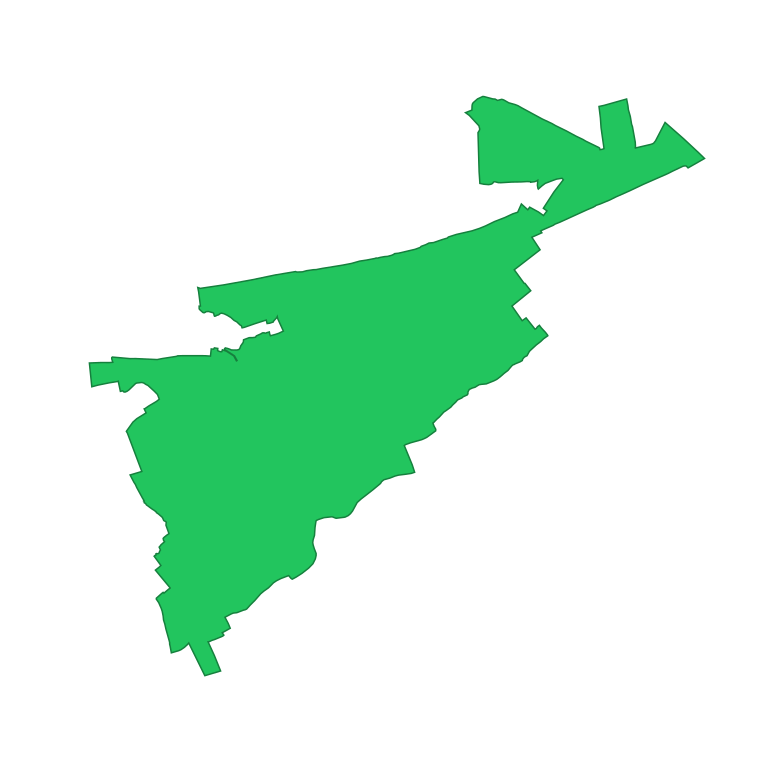 outline of Stefan Cel Mare, Vaslui, Romania, rotated 276°
{"feature_id": "2599482B71455353964024", "entity_name": "Stefan Cel Mare", "entity_type": "district", "adm_level": 2, "iso_a3": "ROU", "parent_name": "Romania", "parent_adm1": "Vaslui", "projection": "orthographic", "projection_center": [27.601, 46.727], "detail": "fine", "context": "isolated", "style": "filled", "palette": "green", "viewbox_px": 768, "rotation_deg": 276, "n_neighbors": 0, "source": "geoboundaries", "source_scale": "gbopen_adm2", "svg_char_len": 6162}
<svg xmlns="http://www.w3.org/2000/svg" viewBox="0 0 768 768"><g transform="rotate(276 384 384)"><path d="M682.5,568.8L671.2,571.4L661.5,573.1L641.1,578.2L640.3,576.7L639.6,574.3L641.1,573.8L641.7,572.8L646.6,559.3L648.0,556.3L650.6,549.0L654.8,538.8L658.9,527.6L660.6,523.8L664.1,513.7L673.0,492.2L674.8,488.1L675.6,485.2L676.7,478.7L678.9,473.7L679.3,472.3L679.4,471.2L677.9,467.3L679.0,464.7L678.9,462.5L680.3,453.5L680.3,452.2L677.3,447.2L673.1,443.3L671.6,442.6L669.7,442.5L665.6,442.8L662.4,436.7L660.0,440.8L650.7,451.4L647.5,452.6L646.1,452.3L643.8,451.2L605.0,456.4L593.5,458.4L593.1,462.5L593.2,467.2L593.8,469.4L594.8,471.0L596.1,471.7L596.6,472.3L596.7,473.6L596.2,476.6L596.4,479.2L598.2,490.0L599.3,499.1L600.3,505.2L600.5,508.5L600.0,508.7L600.9,512.5L601.5,513.9L602.7,515.6L597.6,515.8L594.5,516.7L594.0,517.1L597.5,520.3L600.4,523.4L604.2,530.9L605.8,534.2L607.2,539.5L605.9,541.0L592.7,532.9L575.4,524.1L573.2,528.0L568.2,525.0L571.2,519.7L575.1,510.4L572.3,508.8L577.4,501.8L568.8,499.0L566.7,494.3L562.2,486.8L557.1,476.9L551.8,468.4L548.8,462.8L545.5,455.5L540.3,440.3L536.9,432.6L535.8,431.8L533.8,427.0L529.8,418.4L528.9,414.0L526.9,410.9L524.8,406.6L523.6,405.7L521.2,400.8L515.6,384.7L514.8,381.0L513.7,379.7L512.8,378.1L511.3,374.2L510.8,371.4L509.5,366.9L508.5,364.4L508.5,363.0L507.9,361.8L505.4,353.6L503.7,347.0L500.5,339.0L497.8,330.1L492.5,310.5L490.7,304.6L490.3,301.9L488.6,295.2L487.0,291.1L486.2,285.4L486.6,284.4L481.1,264.5L473.7,241.4L465.8,214.2L459.8,190.9L460.1,190.6L460.5,188.7L456.3,190.0L442.3,193.3L442.1,192.0L439.6,192.3L439.0,192.6L438.2,193.6L436.2,196.4L436.0,197.6L436.6,198.7L437.3,199.4L437.8,201.9L436.9,206.8L436.5,207.2L434.0,208.1L433.7,208.4L434.0,209.5L434.8,210.5L435.5,212.3L436.8,213.5L437.5,215.0L437.1,217.7L435.9,221.0L434.1,224.8L431.6,228.2L430.4,231.1L427.7,234.6L427.1,236.0L425.0,237.0L425.8,239.3L430.4,249.1L435.3,260.2L431.9,261.4L432.5,263.9L434.0,267.3L435.3,267.8L438.9,270.5L439.8,270.8L438.0,271.4L426.1,278.4L423.5,274.1L422.1,271.1L420.1,266.0L421.8,265.1L423.8,264.5L422.7,261.8L422.2,261.1L422.1,260.4L422.4,259.4L422.1,257.7L421.0,256.3L418.5,252.0L417.1,251.3L416.4,248.5L416.0,245.1L413.3,239.7L410.8,239.7L407.1,237.6L404.1,236.8L403.1,236.0L402.4,234.2L401.9,228.7L402.5,226.9L403.0,224.8L403.3,222.4L402.4,221.7L401.8,221.7L396.4,232.3L392.0,235.4L391.6,234.8L395.6,232.1L396.4,231.3L400.2,223.7L401.1,219.7L399.2,219.3L399.0,218.3L399.4,216.1L399.9,215.0L402.0,215.0L402.2,211.5L400.8,210.9L400.8,208.5L393.6,208.5L393.4,203.0L393.0,198.8L391.1,180.7L390.4,175.7L389.8,174.7L386.1,160.7L384.6,155.9L383.3,134.1L382.7,128.9L382.4,111.0L381.8,110.5L380.6,110.6L377.2,112.0L376.6,108.5L375.8,100.6L374.1,88.8L350.7,93.7L353.0,99.7L356.4,110.5L358.6,118.6L359.0,119.4L349.1,122.6L349.9,124.8L348.9,126.1L348.9,127.3L349.8,129.1L351.6,131.1L358.5,136.9L359.1,137.9L360.2,143.0L359.9,144.9L358.7,147.2L357.9,149.4L352.8,156.3L349.9,159.8L348.8,160.4L345.4,162.1L342.8,159.4L337.6,152.4L334.6,148.9L334.2,148.1L330.4,150.4L323.7,141.8L319.9,138.3L310.0,132.7L308.4,133.9L271.7,152.3L267.0,141.0L260.1,145.6L258.0,147.3L255.2,148.9L245.2,155.8L243.4,157.2L242.6,157.1L242.5,157.8L240.9,157.9L240.2,159.4L238.9,160.4L235.3,166.6L234.4,168.5L233.1,170.6L232.6,171.1L232.3,171.1L231.2,173.2L228.4,177.2L227.4,178.0L225.4,179.1L225.1,179.4L224.4,181.1L223.8,181.9L220.8,181.9L212.7,185.8L211.1,183.9L208.6,181.4L207.4,180.5L205.6,181.0L204.2,182.2L200.9,179.1L199.3,178.2L198.7,177.6L198.1,177.5L195.6,179.0L195.2,179.0L194.3,178.3L192.6,178.1L191.6,177.0L191.6,175.4L191.2,174.9L190.1,175.1L189.6,174.2L188.7,173.4L180.2,181.1L178.3,179.5L175.0,176.1L158.9,192.6L158.5,192.6L157.6,191.4L153.0,187.0L153.7,186.1L153.0,185.5L152.7,185.0L147.2,180.0L146.3,180.0L143.0,182.8L137.4,186.0L134.7,187.2L130.2,188.6L126.3,189.4L122.4,191.1L117.6,192.7L106.0,197.3L103.9,198.0L103.2,197.9L100.6,198.8L94.4,200.6L97.3,207.7L98.5,209.8L101.3,213.1L104.4,215.8L106.0,216.9L75.2,236.3L81.5,251.5L96.0,243.8L109.2,236.0L109.5,237.1L111.1,239.8L112.2,242.3L116.4,250.0L117.5,251.0L119.7,249.1L125.0,256.6L129.6,254.1L135.4,250.2L139.3,256.0L140.4,258.0L141.2,261.6L144.6,268.3L144.8,269.2L145.8,270.9L150.2,274.1L155.4,278.3L162.4,283.2L165.6,286.3L169.2,290.4L174.8,294.9L177.2,297.8L179.8,301.9L183.5,309.2L181.0,311.8L180.3,313.1L180.6,313.6L182.8,316.8L187.1,322.2L193.0,328.3L197.8,332.1L202.9,334.0L206.3,334.4L208.4,334.2L213.1,331.8L216.7,330.3L218.9,329.7L221.6,329.8L226.2,330.7L234.3,330.4L240.7,330.7L241.4,331.3L242.4,333.0L244.8,338.3L246.4,345.6L246.4,346.8L245.6,349.7L245.5,350.5L247.2,358.0L247.6,359.3L249.4,362.2L251.5,364.2L254.4,366.0L263.3,369.7L267.3,373.3L277.9,384.3L284.7,390.9L286.6,391.8L288.7,393.8L291.1,399.8L293.6,404.6L294.9,408.0L296.4,414.5L297.9,420.4L299.4,423.7L306.4,420.6L324.9,410.6L326.0,411.8L328.3,416.6L332.6,427.4L334.0,429.9L335.4,432.1L342.8,440.3L344.4,440.2L347.3,438.2L350.3,436.7L351.1,437.6L354.4,440.1L357.0,442.5L362.3,446.4L364.3,448.8L368.0,452.9L370.2,454.4L373.7,457.4L375.8,458.8L378.3,462.9L379.5,464.0L381.9,468.0L383.1,468.5L384.9,468.3L387.5,469.4L389.2,472.2L390.3,474.9L393.2,478.6L393.8,480.7L394.8,485.7L398.6,492.9L400.4,495.7L403.4,498.9L407.2,502.4L410.5,505.9L415.4,509.2L416.6,510.4L417.0,511.4L417.7,512.3L420.3,517.1L421.8,519.1L422.9,519.2L424.5,520.1L425.6,521.0L427.1,523.3L431.0,524.9L432.2,525.6L438.9,531.5L442.6,535.4L445.7,538.0L449.1,541.9L449.8,541.5L452.3,539.1L456.3,534.5L458.6,532.4L456.9,530.6L455.2,529.7L454.3,528.5L464.6,518.4L461.4,514.8L474.9,503.1L492.1,520.2L498.8,513.7L498.8,512.8L511.2,501.6L533.8,525.2L545.4,515.7L550.9,525.2L552.6,523.8L553.7,525.5L559.5,535.7L560.9,537.4L563.3,542.0L578.4,567.6L581.6,573.4L583.2,575.7L583.7,576.0L585.7,580.3L590.6,589.3L594.3,595.1L601.6,607.8L609.7,621.1L623.0,644.4L625.8,648.7L631.9,658.7L632.4,660.6L632.4,661.5L632.1,662.2L630.7,663.8L641.8,679.2L646.3,673.5L659.2,656.4L673.5,636.2L654.2,628.6L651.7,627.0L651.0,626.0L650.2,624.3L645.0,609.4L645.1,609.2L646.4,609.3L650.8,608.6L654.9,607.4L665.9,604.2L668.2,603.1L675.8,601.0L682.3,598.4L686.3,597.5L692.8,595.5L684.1,573.7L682.5,568.8Z" fill="#22c55e" stroke="#15803d" stroke-width="1.5"/></g></svg>